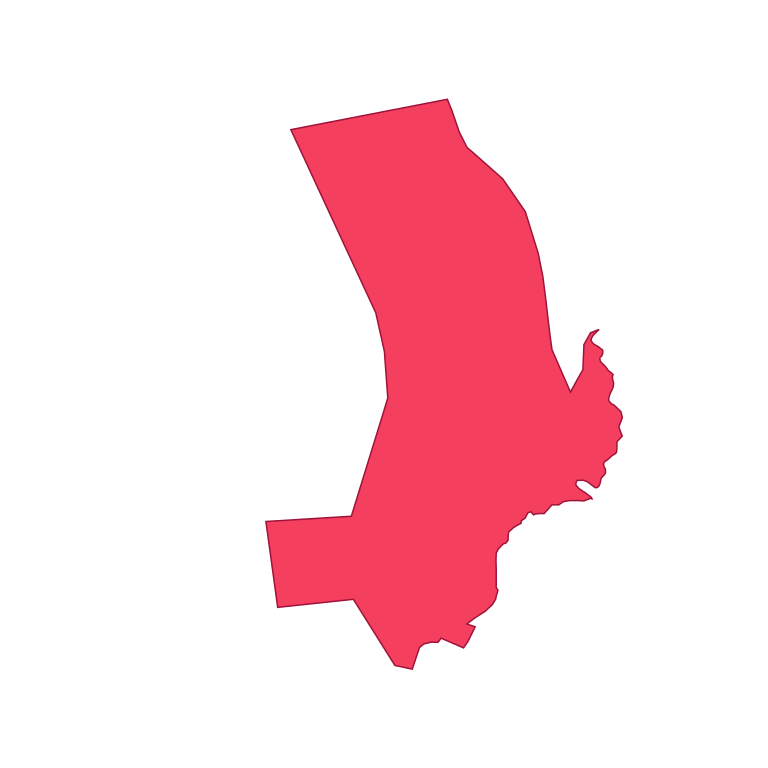 Badr, Al Buhayrah, Egypt (Albers equal-area conic projection), rotated 55°
{"feature_id": "37247803B14038420995681", "entity_name": "Badr", "entity_type": "district", "adm_level": 2, "iso_a3": "EGY", "parent_name": "Egypt", "parent_adm1": "Al Buhayrah", "projection": "albers", "projection_center": [30.722, 30.547], "detail": "fine", "context": "isolated", "style": "filled", "palette": "rose", "viewbox_px": 768, "rotation_deg": 55, "n_neighbors": 0, "source": "geoboundaries", "source_scale": "gbopen_adm2", "svg_char_len": 3218}
<svg xmlns="http://www.w3.org/2000/svg" viewBox="0 0 768 768"><g transform="rotate(55 384 384)"><path d="M122.2,314.4L251.5,337.5L321.0,349.9L357.8,365.1L365.7,369.9L369.9,372.4L383.5,380.5L397.6,388.9L405.7,399.2L432.1,433.2L451.9,458.7L452.7,459.7L452.9,460.0L473.6,486.6L462.6,504.6L462.2,505.2L428.9,559.6L506.0,599.2L542.8,532.6L620.8,536.5L633.8,524.4L623.1,510.0L622.6,509.2L620.2,506.0L619.8,500.5L622.5,493.4L626.5,488.0L625.0,483.0L636.4,476.0L645.8,470.2L642.9,462.6L635.4,449.0L635.2,448.6L628.1,453.8L627.9,448.7L627.9,447.2L627.7,444.9L627.8,443.1L627.8,441.7L627.9,440.0L627.9,439.9L627.9,438.7L628.0,437.0L628.1,434.4L628.2,432.9L628.2,431.4L627.7,427.8L627.1,423.3L626.8,421.6L626.1,420.0L625.1,417.7L624.3,416.0L623.0,414.6L621.8,413.4L620.3,411.4L618.4,409.0L615.0,408.8L608.1,403.9L600.5,398.6L596.7,396.1L595.0,395.0L593.7,394.1L592.5,393.3L591.2,392.3L589.5,391.0L588.3,390.1L586.7,388.9L586.0,387.4L584.8,385.1L584.5,383.8L583.9,381.0L583.4,377.9L584.2,375.5L584.0,374.9L583.8,374.0L583.1,372.0L581.8,371.0L580.3,369.9L580.2,369.8L580.1,369.7L579.3,369.0L577.5,367.7L576.5,366.0L576.4,364.4L576.3,362.9L576.1,361.6L575.9,360.5L576.0,358.0L576.2,355.6L576.8,351.7L574.8,350.1L574.8,345.3L572.0,340.0L572.9,337.0L577.0,336.5L577.3,334.5L578.0,333.3L578.6,332.2L579.6,330.5L580.5,329.2L582.0,327.2L581.1,323.3L579.3,315.7L583.2,310.3L583.3,304.4L585.5,299.8L586.0,298.8L589.9,293.2L590.8,291.9L592.8,289.4L594.4,287.3L595.5,283.0L596.3,279.8L598.2,279.4L595.4,279.3L594.1,279.7L592.7,280.1L592.3,280.3L589.6,281.1L588.2,281.5L587.6,281.8L586.4,282.5L585.1,282.9L582.0,284.1L580.1,284.4L576.9,284.7L575.3,283.8L574.6,282.7L573.7,281.2L574.8,279.5L575.1,279.0L575.8,278.0L577.1,276.0L579.1,274.6L580.9,273.4L583.1,272.7L588.1,271.1L590.0,270.5L591.1,268.9L591.0,266.9L589.8,264.7L589.3,263.9L587.5,262.1L585.8,260.4L585.2,257.8L584.9,256.4L584.3,254.2L583.3,253.1L582.0,252.3L581.7,252.1L580.5,251.4L577.4,251.1L575.0,249.7L574.4,248.1L574.0,246.5L574.4,245.2L574.1,243.1L573.9,241.1L573.7,240.3L573.5,238.7L573.6,236.3L573.7,233.9L573.3,233.0L572.0,231.5L570.3,230.2L569.8,229.9L569.0,229.2L568.0,228.5L566.8,227.7L566.6,227.5L565.8,226.9L564.9,226.3L563.3,218.7L560.0,217.9L557.7,217.3L556.5,217.0L553.9,216.3L551.0,212.1L548.2,208.0L542.5,205.8L538.6,206.6L535.8,207.1L535.6,207.2L533.4,207.6L530.8,209.0L528.3,209.3L526.7,209.5L524.4,208.0L522.8,205.9L521.5,204.1L519.3,200.2L518.3,198.5L516.8,197.1L515.2,195.5L513.0,194.7L510.8,193.8L509.1,192.8L507.6,190.9L504.7,191.6L503.4,192.0L503.0,192.1L501.3,192.6L499.7,192.5L497.8,192.5L495.1,192.9L492.2,193.4L489.9,193.8L487.3,192.9L486.2,191.8L485.7,189.2L484.5,187.4L483.2,186.3L481.6,185.4L481.0,185.6L480.2,185.9L478.3,186.5L476.5,187.0L474.7,187.8L473.3,188.5L471.0,189.5L469.3,189.5L467.2,189.5L465.7,188.2L464.8,186.2L464.2,185.1L463.7,182.6L463.4,181.0L463.0,178.5L463.0,178.0L462.7,176.5L460.5,185.4L466.4,197.6L478.5,206.9L486.3,212.8L491.6,223.9L497.6,235.9L452.2,226.7L437.3,219.0L429.1,214.6L422.9,211.3L405.7,202.0L401.9,200.0L386.8,192.1L365.6,182.8L336.4,173.4L323.9,169.4L300.8,169.2L284.1,169.1L250.2,177.2L237.8,180.3L220.7,177.8L198.4,171.4L187.1,168.8L122.2,314.4Z" fill="#f43f5e" stroke="#9f1239" stroke-width="1.5"/></g></svg>